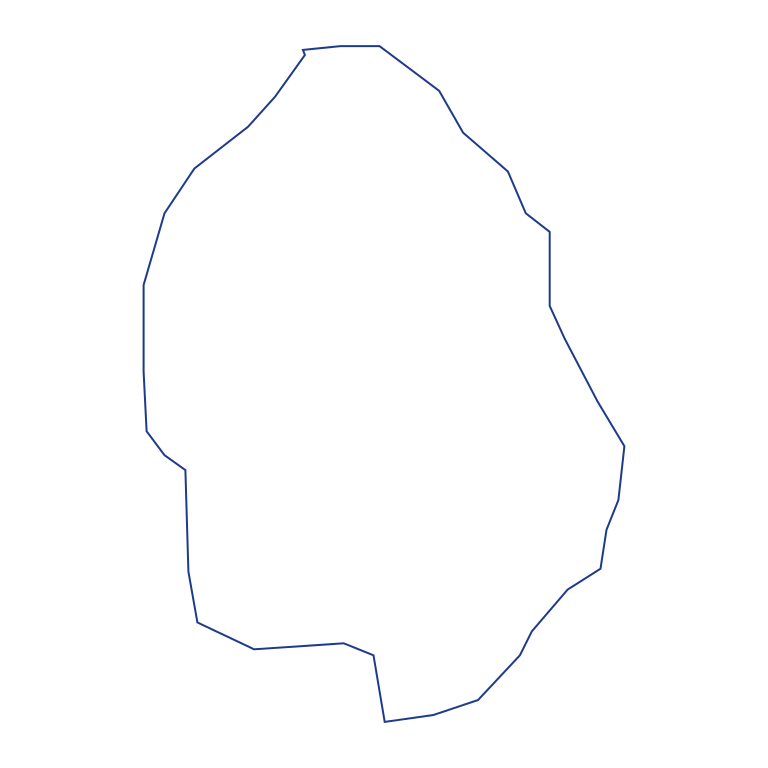 Olofström, Blekinge, Sweden (Mercator projection)
{"feature_id": "70781695B37822340313581", "entity_name": "Olofström", "entity_type": "district", "adm_level": 2, "iso_a3": "SWE", "parent_name": "Sweden", "parent_adm1": "Blekinge", "projection": "mercator", "projection_center": [14.59, 56.351], "detail": "fine", "context": "isolated", "style": "outline", "palette": "blue", "viewbox_px": 768, "rotation_deg": 0, "n_neighbors": 0, "source": "geoboundaries", "source_scale": "gbopen_adm2", "svg_char_len": 623}
<svg xmlns="http://www.w3.org/2000/svg" viewBox="0 0 768 768"><path d="M148.9,434.3L164.5,455.2L185.4,470.1L188.4,571.6L197.4,622.4L203.8,625.5L254.1,649.3L343.7,643.3L373.5,655.3L384.7,721.9L433.3,715.0L478.1,700.0L478.9,699.1L519.9,655.3L531.8,631.4L567.6,589.6L600.5,568.7L606.5,529.8L618.4,500.0L624.4,446.2L597.5,401.4L564.7,338.7L549.7,305.9L549.7,231.9L525.8,213.3L507.9,171.5L463.1,132.7L439.2,90.9L415.4,73.0L401.9,62.9L379.5,46.1L340.7,46.1L302.9,49.9L304.9,55.0L275.0,96.8L248.1,126.7L194.4,168.5L164.5,213.3L143.6,285.0L143.6,371.6L146.6,431.3L148.9,434.3Z" fill="none" stroke="#1e3a8a" stroke-width="2"/></svg>